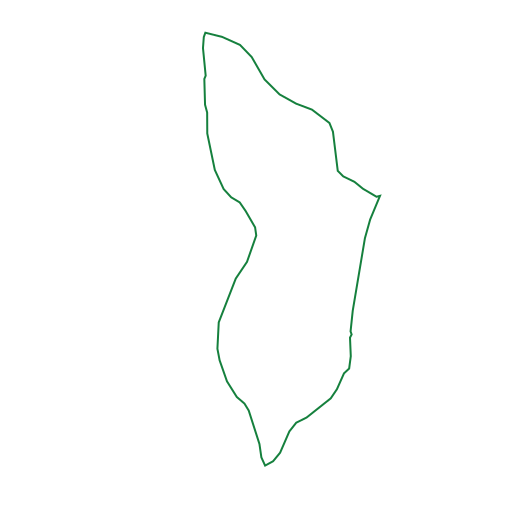 the district of San Gaspar Ixchil, Huehuetenango, Guatemala, rotated 21°
{"feature_id": "79465075B65859415879145", "entity_name": "San Gaspar Ixchil", "entity_type": "district", "adm_level": 2, "iso_a3": "GTM", "parent_name": "Guatemala", "parent_adm1": "Huehuetenango", "projection": "orthographic", "projection_center": [-91.718, 15.374], "detail": "fine", "context": "isolated", "style": "outline", "palette": "green", "viewbox_px": 512, "rotation_deg": 21, "n_neighbors": 0, "source": "geoboundaries", "source_scale": "gbopen_adm2", "svg_char_len": 862}
<svg xmlns="http://www.w3.org/2000/svg" viewBox="0 0 512 512"><g transform="rotate(21 256 256)"><path d="M128.7,65.7L128.8,70.3L132.0,80.9L144.4,105.7L144.3,109.2L154.2,133.0L159.0,139.6L166.6,159.1L186.7,190.4L201.8,205.1L211.8,210.1L221.6,211.8L230.3,217.8L244.9,229.6L248.9,236.8L249.7,264.7L245.2,284.3L245.0,331.3L253.2,356.4L259.4,366.4L273.8,383.4L288.6,394.5L298.1,397.9L304.6,402.9L326.6,430.3L333.2,442.1L339.6,448.4L345.5,441.5L349.0,431.0L350.0,407.8L353.3,397.2L361.1,388.7L376.8,362.1L379.3,351.3L380.2,334.0L383.3,327.7L380.4,315.6L373.0,298.5L373.4,295.0L371.3,292.5L365.9,272.3L351.3,200.3L349.5,181.0L350.2,155.4L347.3,157.5L331.8,154.9L321.4,151.5L308.9,150.4L301.8,147.2L283.3,112.4L276.9,105.5L255.8,99.3L238.9,99.4L220.1,96.7L200.7,88.1L180.7,71.8L165.5,64.7L145.9,63.6L128.7,65.7Z" fill="none" stroke="#15803d" stroke-width="2"/></g></svg>